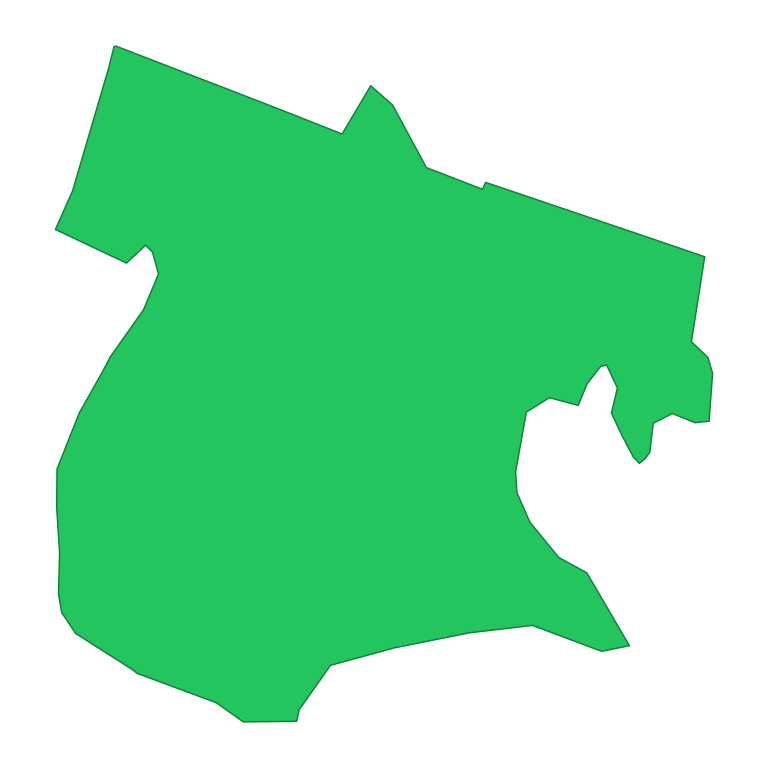 outline of Bronx, New York, United States of America
{"feature_id": "52423323B44038614744637", "entity_name": "Bronx", "entity_type": "district", "adm_level": 2, "iso_a3": "USA", "parent_name": "United States of America", "parent_adm1": "New York", "projection": "mercator", "projection_center": [-73.846, 40.852], "detail": "fine", "context": "isolated", "style": "filled", "palette": "green", "viewbox_px": 768, "rotation_deg": 0, "n_neighbors": 0, "source": "geoboundaries", "source_scale": "gbopen_adm2", "svg_char_len": 934}
<svg xmlns="http://www.w3.org/2000/svg" viewBox="0 0 768 768"><path d="M629.4,645.7L586.8,572.8L558.8,557.5L530.0,522.4L517.0,492.9L515.6,471.9L526.4,412.0L549.4,397.7L578.2,405.4L587.1,383.8L600.7,366.3L606.7,365.1L617.4,388.0L611.4,413.0L622.4,436.3L633.4,457.1L639.4,463.3L644.5,459.2L649.8,452.5L653.3,423.3L672.2,413.5L695.0,422.7L709.1,421.2L712.6,373.3L707.9,357.4L691.4,341.8L704.7,256.8L640.1,234.7L485.6,182.4L482.5,189.3L470.1,184.5L426.4,167.6L392.6,105.0L370.7,85.8L342.1,134.0L271.0,106.0L115.9,46.1L114.0,46.6L109.0,67.0L108.9,67.3L72.6,190.8L55.4,229.5L126.5,263.1L145.6,245.2L152.5,252.1L158.5,274.0L143.5,309.8L110.5,356.6L103.0,370.9L79.3,412.9L57.0,469.1L56.7,507.9L59.6,552.6L58.5,593.8L61.7,612.6L75.6,633.4L132.7,669.8L137.2,673.4L216.4,702.8L243.3,721.9L296.7,721.3L299.2,709.7L330.5,665.3L394.2,647.9L468.7,632.9L532.3,625.4L601.6,651.3L629.4,645.7Z" fill="#22c55e" stroke="#15803d" stroke-width="1.5"/></svg>